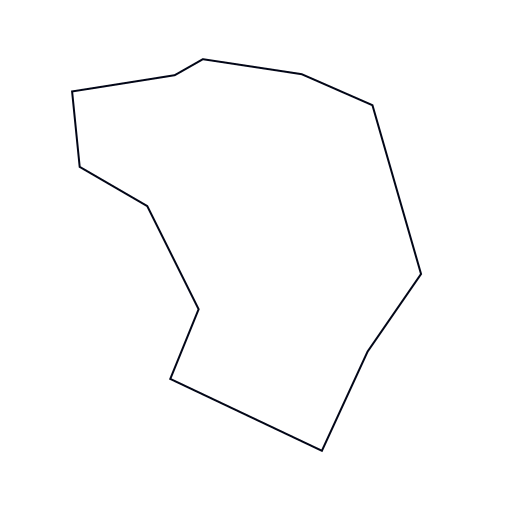 the border of Mandaluyong City, rotated 261°
{"feature_id": "PHL-5542", "entity_name": "Mandaluyong City", "entity_type": "Province", "adm_level": 1, "iso_a3": "PHL", "parent_name": "Philippines", "parent_adm1": "", "projection": "robinson", "projection_center": [121.054, 14.578], "detail": "fine", "context": "isolated", "style": "outline", "palette": "ink", "viewbox_px": 512, "rotation_deg": 261, "n_neighbors": 0, "source": "natural_earth", "source_scale": "10m", "svg_char_len": 320}
<svg xmlns="http://www.w3.org/2000/svg" viewBox="0 0 512 512"><g transform="rotate(261 256 256)"><path d="M212.4,416.2L144.2,351.3L53.3,290.6L148.0,152.1L212.4,191.0L322.3,156.4L371.6,95.8L447.3,100.1L447.3,204.0L458.7,234.3L428.4,329.6L386.7,394.6L212.4,416.2Z" fill="none" stroke="#020617" stroke-width="2"/></g></svg>